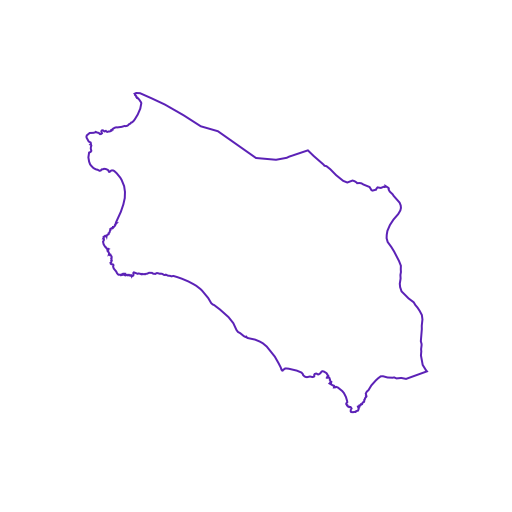 Ilocos Norte, Ilocos Norte, Philippines (orthographic projection), rotated 288°
{"feature_id": "2640588B45258001695711", "entity_name": "Ilocos Norte", "entity_type": "district", "adm_level": 2, "iso_a3": "PHL", "parent_name": "Philippines", "parent_adm1": "Ilocos Norte", "projection": "orthographic", "projection_center": [120.646, 18.219], "detail": "fine", "context": "isolated", "style": "outline", "palette": "violet", "viewbox_px": 512, "rotation_deg": 288, "n_neighbors": 0, "source": "geoboundaries", "source_scale": "gbopen_adm2", "svg_char_len": 6014}
<svg xmlns="http://www.w3.org/2000/svg" viewBox="0 0 512 512"><g transform="rotate(288 256 256)"><path d="M355.8,368.2L356.9,366.9L358.6,363.3L360.2,361.6L361.3,361.4L361.7,360.9L362.6,357.4L361.8,357.7L361.3,356.9L361.4,356.2L359.3,353.7L358.8,350.4L357.1,349.7L356.2,349.7L354.2,346.6L354.3,345.5L356.7,342.7L357.2,335.9L357.7,333.9L357.4,331.9L356.5,329.7L357.0,328.9L357.6,326.6L357.6,324.5L354.1,320.1L354.4,315.7L357.6,307.3L361.5,299.8L363.2,295.3L363.0,293.2L363.8,292.0L369.0,279.8L372.5,272.7L360.8,256.9L358.9,254.9L353.7,245.3L349.2,225.7L362.9,181.2L362.3,163.4L367.4,143.9L371.9,122.4L373.7,108.0L375.0,95.4L374.0,91.7L372.8,90.4L372.1,91.3L371.7,91.3L371.1,92.6L370.3,92.9L370.0,94.2L369.5,94.2L369.5,94.8L368.8,96.4L366.6,99.2L365.9,99.7L360.4,100.4L354.0,99.8L348.5,98.5L346.7,97.9L344.9,96.9L344.3,96.0L343.1,95.6L342.1,94.5L340.9,94.0L340.0,93.2L339.2,91.9L339.1,90.9L337.3,88.3L335.4,84.3L335.2,83.3L334.4,82.1L332.9,80.7L332.1,80.3L331.8,80.5L331.4,79.8L331.0,79.9L330.8,79.4L330.3,79.6L329.3,78.5L328.9,77.4L328.1,76.3L328.1,75.4L328.6,74.5L327.6,73.3L328.2,71.7L328.0,70.8L327.3,70.4L326.4,70.5L325.1,71.6L324.0,70.8L323.7,69.9L324.5,68.4L324.3,66.7L324.5,65.2L323.9,64.9L322.9,63.3L321.6,59.8L318.4,57.8L316.9,57.9L316.1,58.4L313.2,61.5L312.8,63.7L311.5,64.4L310.9,64.1L310.9,64.6L310.1,65.3L308.6,65.3L307.0,65.7L305.1,66.9L303.8,66.5L302.8,65.3L298.0,66.1L294.2,68.1L291.9,69.9L291.0,71.2L289.6,73.8L289.2,75.2L288.9,77.4L289.1,78.5L288.7,80.9L289.3,81.9L290.7,82.5L291.1,83.5L292.0,84.6L292.3,86.3L292.1,88.3L291.8,89.1L290.7,90.0L290.6,90.4L290.9,90.9L292.2,91.6L292.9,92.5L293.2,93.7L293.0,95.0L291.6,98.0L288.5,102.8L286.8,104.7L281.7,109.0L276.4,111.6L270.5,113.3L264.0,113.9L256.3,113.8L244.9,112.5L243.4,112.5L243.7,113.0L242.3,112.4L242.2,112.6L241.5,112.6L239.7,111.8L240.1,111.7L239.6,111.6L239.4,111.0L238.6,111.2L238.0,111.0L237.9,110.1L236.9,109.3L236.3,109.5L236.2,109.3L235.9,109.6L234.8,109.3L233.1,109.4L232.4,109.1L232.1,108.8L231.1,109.1L230.3,108.2L229.3,107.7L228.6,107.8L229.1,107.4L228.9,107.2L228.4,107.4L227.9,106.2L228.4,106.4L228.5,106.2L227.0,105.1L226.3,105.5L225.7,105.4L225.8,105.6L225.0,106.2L223.8,106.4L222.3,106.1L220.0,107.5L218.1,109.7L218.1,110.2L217.1,111.4L216.9,112.6L217.2,113.0L217.1,113.6L216.4,113.0L215.9,113.1L215.8,112.8L215.1,113.2L215.1,113.8L214.5,113.8L214.3,114.4L213.2,115.5L212.1,115.6L212.5,115.9L212.4,117.0L211.7,117.1L211.8,117.6L210.9,118.8L209.9,119.2L209.1,119.0L208.6,119.6L207.1,119.7L207.0,120.2L205.9,120.2L205.3,120.2L204.6,119.7L203.7,120.3L203.5,121.0L203.8,122.4L203.7,122.9L203.2,123.3L201.7,123.4L200.1,124.6L198.0,127.9L196.8,129.0L195.9,130.4L195.7,131.1L196.4,133.2L196.0,133.5L196.4,134.2L196.7,133.9L197.5,134.4L197.7,134.9L197.6,135.1L198.1,135.2L198.5,136.5L197.6,136.3L197.5,136.7L197.4,136.3L197.2,136.7L197.2,137.0L197.7,136.9L197.8,137.4L198.1,136.9L198.3,137.1L198.2,138.0L197.7,138.4L198.0,138.7L197.9,139.6L198.5,140.0L198.2,140.5L198.8,141.2L198.6,141.5L199.0,142.7L198.7,142.7L198.7,142.3L198.4,142.5L198.8,143.5L198.4,143.9L198.9,143.9L198.9,144.8L199.5,145.3L200.3,145.3L201.6,144.7L202.2,144.6L202.7,144.9L202.5,149.0L203.1,149.7L203.3,151.3L203.2,152.3L203.4,152.3L203.8,153.3L203.6,153.7L204.4,155.6L204.3,156.1L204.9,156.6L205.5,157.9L207.0,159.5L207.8,162.3L207.4,163.7L207.9,165.9L208.9,166.6L209.3,167.7L209.4,170.3L209.8,170.8L210.0,172.3L209.6,174.4L209.8,175.5L210.4,176.0L210.1,178.3L210.6,180.6L210.5,181.8L211.5,183.6L211.6,187.5L211.5,192.4L210.9,199.5L209.9,205.2L209.2,208.4L207.4,213.4L206.4,215.4L201.2,223.6L197.3,228.0L196.5,229.9L196.4,231.3L194.0,238.2L189.4,248.7L185.1,255.2L179.6,260.3L178.2,262.3L177.7,264.9L176.0,269.3L175.7,271.2L175.9,271.7L176.0,271.2L176.3,271.6L175.7,272.2L175.4,273.3L176.2,280.9L175.8,286.0L175.1,289.5L173.2,294.2L166.1,305.0L160.9,310.7L157.5,314.1L155.8,315.3L155.1,316.4L155.3,316.8L156.6,317.2L157.1,318.0L157.9,318.3L158.3,319.1L158.9,321.8L159.6,330.2L159.2,335.3L158.1,337.1L157.3,337.6L156.5,339.3L156.3,340.3L156.5,341.9L158.1,344.6L158.3,347.1L159.0,348.2L159.5,348.6L161.1,348.1L161.9,348.3L162.8,349.5L162.8,350.3L162.5,351.3L162.7,352.1L164.3,353.4L166.1,354.0L166.9,354.6L167.1,356.2L166.4,359.2L165.5,360.4L165.2,360.4L164.3,361.9L163.4,362.2L162.7,361.6L163.0,361.2L162.4,360.6L163.0,361.2L162.5,361.7L161.9,361.0L161.2,361.2L161.9,361.1L162.7,361.9L162.8,363.4L161.4,364.5L160.3,364.6L160.8,364.8L159.7,365.6L159.6,366.5L158.2,366.7L158.6,365.8L157.5,365.3L157.4,365.9L158.3,366.2L158.1,366.5L157.3,366.2L157.1,367.0L156.5,366.8L157.1,367.0L156.6,369.4L156.6,369.5L156.8,369.2L156.7,370.2L156.7,370.3L156.2,370.8L155.1,370.8L155.5,371.9L156.3,372.6L156.2,374.6L154.2,379.8L152.8,382.0L149.7,385.1L146.5,387.3L145.2,388.0L143.7,387.4L142.9,387.7L142.6,388.4L142.1,388.6L142.1,389.1L141.8,389.1L141.2,390.2L141.4,390.9L141.1,391.1L141.0,390.8L141.0,391.3L141.3,391.5L141.6,392.5L141.1,393.4L140.4,394.0L139.6,393.5L139.7,393.2L139.5,393.6L137.6,394.0L137.0,394.7L137.4,396.5L138.2,397.9L138.4,398.9L139.3,399.1L140.5,400.8L142.6,400.9L143.2,400.7L143.2,400.3L144.1,399.6L144.5,400.6L145.0,400.2L145.3,400.7L145.9,400.6L146.1,401.4L147.3,401.5L147.3,402.1L147.8,402.6L148.1,402.4L149.5,402.8L149.9,403.2L150.2,403.2L150.6,403.8L151.8,403.8L152.4,403.4L153.6,403.8L154.3,403.6L156.0,404.3L156.6,403.9L156.9,404.3L159.1,402.9L161.3,403.3L163.1,404.4L168.6,405.7L174.7,408.4L177.4,409.9L180.1,411.8L180.9,414.0L181.1,418.6L182.4,423.4L183.2,424.9L183.0,427.5L184.9,431.8L185.5,436.7L199.1,454.2L200.1,452.7L203.9,448.2L212.4,443.6L216.3,442.7L218.4,441.8L222.1,441.1L223.4,440.7L225.9,439.1L237.7,436.3L240.9,435.2L247.1,433.9L251.1,432.0L254.4,428.6L256.8,425.6L258.6,422.7L260.7,420.3L262.8,414.2L267.3,405.4L270.9,402.7L274.1,401.3L279.2,400.5L282.6,399.2L285.5,398.8L288.1,397.8L291.5,396.8L295.4,393.6L303.0,385.9L306.4,381.9L310.0,376.9L313.3,374.7L316.5,373.8L320.5,373.2L326.9,373.8L333.2,375.5L339.8,378.3L343.9,379.2L346.5,379.0L348.8,378.0L351.1,376.1L355.8,368.2Z" fill="none" stroke="#5b21b6" stroke-width="2"/></g></svg>